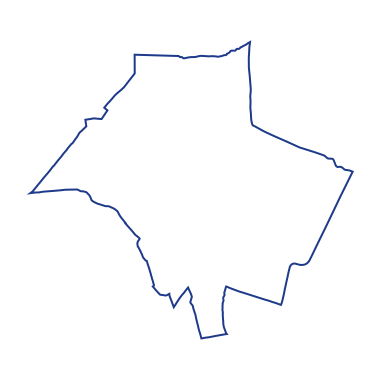 Tocatlán, Tlaxcala, Mexico (Mercator projection), rotated 267°
{"feature_id": "50627088B10833441398777", "entity_name": "Tocatlán", "entity_type": "district", "adm_level": 2, "iso_a3": "MEX", "parent_name": "Mexico", "parent_adm1": "Tlaxcala", "projection": "mercator", "projection_center": [-98.02, 19.391], "detail": "fine", "context": "isolated", "style": "outline", "palette": "blue", "viewbox_px": 384, "rotation_deg": 267, "n_neighbors": 0, "source": "geoboundaries", "source_scale": "gbopen_adm2", "svg_char_len": 4615}
<svg xmlns="http://www.w3.org/2000/svg" viewBox="0 0 384 384"><g transform="rotate(267 192 192)"><path d="M332.1,141.9L313.4,141.0L300.0,129.4L297.3,126.1L294.9,122.9L292.7,120.2L289.7,117.4L287.1,114.9L284.6,112.2L282.9,110.7L280.8,108.8L277.9,111.8L269.6,105.5L269.7,104.5L270.7,97.6L270.6,97.2L270.5,96.6L269.7,89.3L265.3,89.7L263.1,89.9L258.0,84.0L257.2,82.8L253.0,80.1L251.3,78.6L247.0,75.3L246.2,74.0L241.7,69.8L240.7,69.2L236.0,64.6L235.5,64.5L230.6,59.9L225.2,55.2L224.7,54.4L220.3,50.7L214.4,45.1L203.6,35.3L200.9,32.9L199.3,30.5L199.7,35.4L199.6,39.0L200.1,43.4L200.4,55.3L200.6,61.0L200.9,65.6L200.5,77.6L199.7,79.1L198.8,80.5L198.5,81.4L198.5,82.3L198.3,83.6L197.4,86.3L196.8,87.1L196.2,87.5L194.1,89.3L192.3,90.2L189.9,91.0L188.9,91.4L188.1,92.3L187.0,93.9L185.1,97.4L184.7,98.8L182.4,104.8L182.3,105.6L182.3,107.0L182.0,108.2L181.8,109.0L181.1,110.1L180.0,112.4L178.7,114.3L177.4,115.8L176.7,116.5L176.0,116.9L174.3,117.6L172.3,118.6L170.2,119.9L164.2,124.2L164.0,123.9L160.4,126.8L156.4,130.0L154.9,131.1L153.7,132.0L152.2,133.1L150.7,134.9L148.8,136.9L148.1,137.3L147.7,137.1L145.5,135.4L144.8,135.1L144.2,134.9L143.4,134.7L142.6,134.8L140.3,135.0L139.9,135.5L139.2,135.8L138.0,136.3L137.0,136.8L135.5,137.5L134.6,137.8L133.1,138.4L131.5,139.0L129.5,139.6L129.2,139.8L128.5,140.2L126.1,142.1L125.7,142.7L125.6,143.2L121.8,144.1L120.6,144.5L119.5,144.8L113.4,146.3L110.8,146.8L109.4,147.2L107.3,147.6L106.0,148.0L102.8,148.7L100.8,149.2L100.4,148.9L99.7,147.9L97.6,149.5L95.2,151.3L91.2,154.7L91.0,155.3L91.0,155.6L90.8,156.4L90.4,158.5L90.1,159.8L90.0,160.6L90.4,161.9L91.2,163.3L91.5,164.0L90.8,164.0L90.3,164.1L89.2,164.2L77.9,167.8L83.8,172.0L85.2,173.0L87.0,174.4L88.7,175.8L90.6,177.5L91.5,178.5L91.8,178.7L93.1,179.8L95.7,182.0L96.8,183.1L94.8,183.8L91.6,185.1L90.0,185.7L87.8,186.3L87.1,186.3L86.8,186.2L82.3,184.6L81.8,184.6L81.4,184.7L78.8,186.5L78.5,186.7L78.0,186.9L77.5,187.0L77.0,187.0L76.5,187.1L75.9,187.2L75.3,187.3L73.7,187.8L71.6,188.3L69.7,188.9L67.2,189.3L66.8,189.4L65.1,189.6L62.8,190.0L60.4,190.5L57.8,191.0L53.8,191.7L50.1,192.7L48.3,193.1L45.3,193.7L45.3,194.0L45.5,195.5L45.7,196.6L45.8,198.0L45.9,199.0L46.1,201.5L46.5,204.4L47.2,209.4L47.8,214.4L48.2,217.6L48.3,218.2L48.3,218.7L48.4,218.9L48.4,219.3L49.5,218.6L54.3,217.1L55.7,216.7L58.2,216.4L59.4,216.4L61.4,216.4L64.4,216.3L66.3,216.3L68.2,216.3L69.8,216.5L71.2,216.4L73.0,216.2L74.0,216.4L76.1,216.5L78.1,216.7L79.7,216.9L80.8,217.4L81.8,217.8L84.2,217.6L85.3,217.8L86.3,218.5L87.4,219.1L88.3,219.1L89.1,218.9L90.4,219.2L91.5,219.6L93.4,220.3L94.4,220.6L95.8,221.1L95.7,221.4L95.6,221.8L95.5,222.3L94.4,224.2L93.3,226.7L92.4,228.7L90.1,234.0L88.9,237.5L86.3,244.4L84.2,249.9L81.5,257.1L81.0,258.4L80.4,260.0L79.3,263.3L78.0,266.3L77.1,269.0L74.6,274.9L76.5,275.8L78.9,276.6L85.5,278.5L88.0,279.1L91.6,280.0L92.5,280.3L98.5,281.9L100.9,282.6L107.2,284.3L112.0,285.8L112.6,286.0L113.5,286.7L114.0,287.2L115.0,288.6L115.2,290.4L115.0,291.7L114.6,292.7L114.1,294.4L113.5,296.4L113.4,298.1L113.5,299.6L113.7,300.8L114.0,301.8L114.9,303.3L116.6,305.1L118.3,306.2L121.0,307.7L129.0,312.1L136.1,316.0L144.9,320.9L153.0,325.4L179.3,339.7L203.9,353.5L205.1,350.8L205.7,348.6L206.0,346.9L206.3,345.7L207.0,344.9L207.9,344.0L208.5,343.3L209.1,342.5L209.4,341.5L209.4,338.6L209.7,338.0L210.3,337.3L211.6,336.7L213.5,336.1L215.2,335.6L216.7,335.0L217.6,334.3L217.9,333.4L218.1,331.6L218.2,330.0L218.6,329.1L219.9,327.7L220.9,326.7L221.7,325.5L222.3,324.1L225.4,316.4L227.6,310.5L229.0,306.8L230.3,303.2L231.2,301.1L232.9,297.8L235.9,292.1L244.3,275.5L248.1,268.3L250.2,264.7L252.7,260.8L254.6,257.7L255.1,256.6L255.9,255.9L256.8,255.6L258.8,255.2L261.7,254.9L264.4,254.9L267.7,254.9L270.4,254.8L271.6,254.7L273.2,254.7L275.6,254.9L279.4,255.2L282.2,255.2L285.0,255.2L287.2,255.6L289.3,255.9L292.0,256.1L294.5,256.0L298.4,255.9L305.4,255.7L309.0,255.5L313.7,255.3L317.6,255.5L320.6,255.6L324.7,255.9L328.7,256.4L333.9,256.9L337.5,257.6L338.7,257.8L337.6,255.6L336.3,253.5L335.1,250.9L334.1,248.8L333.9,248.0L333.3,247.5L332.6,246.6L332.4,246.2L332.4,245.8L332.6,245.0L332.6,244.4L332.4,244.0L332.0,243.6L331.5,243.2L331.0,242.7L330.9,242.1L331.0,241.2L331.0,240.3L331.1,239.4L331.0,238.4L330.9,238.0L330.5,237.6L330.1,237.3L329.6,237.0L328.9,235.9L328.6,235.2L328.2,234.1L327.2,233.6L326.9,232.8L327.0,231.2L326.4,229.6L326.1,228.1L325.7,224.9L326.1,223.3L326.6,219.5L326.6,215.9L327.1,211.8L327.5,208.0L327.2,205.1L326.8,203.6L326.6,201.5L326.8,198.7L326.6,195.6L326.0,191.8L325.9,190.7L326.4,189.9L326.9,189.3L327.3,188.8L327.4,188.1L327.3,187.2L328.5,185.7L332.1,141.9Z" fill="none" stroke="#1e3a8a" stroke-width="2"/></g></svg>